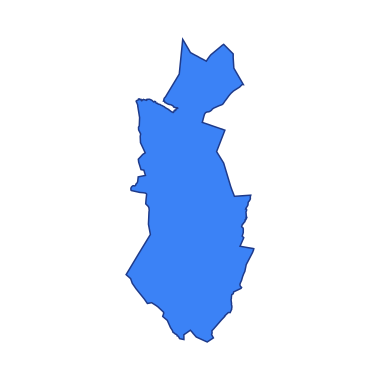 the district of Høylandet nor, Nord-Trøndelag, Norway, rotated 336°
{"feature_id": "86288312B25157872919585", "entity_name": "Høylandet nor", "entity_type": "district", "adm_level": 2, "iso_a3": "NOR", "parent_name": "Norway", "parent_adm1": "Nord-Trøndelag", "projection": "albers", "projection_center": [12.389, 64.756], "detail": "fine", "context": "isolated", "style": "filled", "palette": "blue", "viewbox_px": 384, "rotation_deg": 336, "n_neighbors": 0, "source": "geoboundaries", "source_scale": "gbopen_adm2", "svg_char_len": 5348}
<svg xmlns="http://www.w3.org/2000/svg" viewBox="0 0 384 384"><g transform="rotate(336 192 192)"><path d="M245.6,48.8L228.3,79.1L206.5,94.3L204.7,95.1L202.9,97.4L203.7,97.7L203.9,98.0L203.7,98.7L203.7,99.3L204.1,99.6L204.6,100.2L205.2,101.1L206.1,102.2L207.0,102.9L208.2,103.7L208.6,104.1L209.0,104.7L209.7,105.5L209.7,106.4L209.9,107.1L210.4,107.2L210.5,107.6L211.5,108.3L213.0,109.2L213.1,109.6L212.8,109.7L212.1,109.7L211.5,109.6L210.8,110.1L210.6,110.5L210.2,110.7L209.5,110.8L209.3,110.7L209.4,110.3L209.3,110.2L208.9,110.4L208.4,110.8L207.8,111.5L207.3,111.7L207.0,111.7L206.8,111.4L206.5,110.8L205.9,110.4L205.4,109.4L205.0,108.7L204.4,107.9L204.4,107.3L203.4,106.1L202.7,105.1L201.9,104.1L201.4,102.9L200.7,102.1L199.7,100.7L199.1,100.2L198.8,99.9L198.4,99.0L197.6,98.5L197.3,98.2L196.9,98.1L196.6,97.2L196.3,96.7L195.7,96.6L195.4,96.0L195.4,94.7L195.2,94.6L195.0,94.2L194.8,94.0L194.3,94.2L193.8,94.3L193.4,93.7L192.9,92.5L192.4,91.5L191.7,90.9L191.2,90.2L190.6,89.8L189.7,89.5L189.0,89.2L188.2,89.0L187.9,89.2L187.9,89.7L187.5,89.7L187.1,89.3L186.8,88.9L186.2,88.4L185.5,88.1L185.4,87.7L184.0,87.7L183.5,88.2L183.0,88.1L182.9,87.7L183.0,87.1L183.1,86.7L182.2,86.4L181.8,86.2L182.1,86.0L182.1,85.8L181.7,85.5L181.2,85.3L180.9,85.3L180.8,85.5L180.7,85.8L180.3,86.0L179.6,86.0L178.3,86.0L178.1,86.5L178.0,87.0L177.8,87.0L177.9,87.7L177.8,89.8L177.8,90.3L177.3,91.7L177.2,92.1L174.4,102.7L170.7,110.2L169.5,111.0L168.5,113.5L168.7,118.1L167.3,120.1L165.0,126.0L165.2,137.2L162.4,137.6L156.3,140.2L155.4,143.1L154.5,150.8L156.9,152.5L156.2,157.9L149.0,156.3L146.8,160.1L146.1,160.9L145.6,161.3L144.8,161.7L144.3,161.8L143.7,162.3L143.4,162.6L143.3,162.9L143.2,163.0L142.8,163.1L142.1,163.1L141.6,162.8L141.0,162.4L140.6,162.3L140.2,162.3L139.0,162.7L138.5,163.0L137.8,163.6L137.5,164.1L137.2,164.9L137.1,165.2L137.0,165.5L137.2,166.0L144.2,171.2L147.1,172.8L148.8,173.9L149.1,174.2L149.4,174.6L149.6,175.1L149.7,175.5L147.0,180.1L144.9,184.0L146.2,187.5L146.2,189.0L145.5,191.1L145.4,191.5L144.7,192.5L144.3,193.3L139.1,203.7L136.7,213.9L118.9,226.2L98.2,240.7L100.7,246.2L100.3,251.1L101.5,257.6L104.9,270.4L105.9,275.7L110.1,276.7L113.3,281.5L113.7,282.3L114.1,282.9L117.1,290.1L117.0,290.4L117.0,290.5L117.0,290.8L117.0,291.0L116.8,291.2L116.8,291.3L116.6,291.6L116.4,291.7L116.3,291.9L116.2,291.9L116.1,292.0L115.9,292.3L115.8,292.5L115.7,292.6L115.4,292.9L115.1,293.2L114.7,293.5L114.6,293.8L117.2,299.2L117.2,307.2L117.7,310.2L117.7,311.3L117.6,312.2L117.6,312.3L117.6,312.5L118.1,313.1L118.3,313.6L118.5,313.8L118.6,314.0L118.8,314.6L118.9,314.8L119.3,315.3L119.7,315.6L119.8,315.7L120.0,316.0L120.1,316.6L119.9,317.3L120.5,317.8L120.6,318.1L120.8,318.7L121.0,319.4L121.0,319.6L121.0,319.9L121.0,320.1L121.0,320.3L121.0,320.7L121.1,321.0L124.6,323.5L126.5,319.1L134.3,317.6L135.3,320.7L135.5,321.8L135.7,322.3L136.9,326.2L143.0,333.1L144.9,335.2L152.2,334.0L151.9,330.2L153.0,329.0L153.8,326.8L155.8,326.0L166.5,321.0L171.5,318.9L171.5,318.5L176.2,316.9L176.9,317.2L177.8,317.7L178.8,316.8L179.7,316.0L180.6,315.2L180.8,314.6L181.4,313.8L181.7,313.1L182.1,312.3L182.1,311.6L182.3,310.9L182.5,310.3L182.8,309.9L183.8,306.5L183.9,306.2L184.7,305.2L185.3,303.9L186.6,301.9L188.3,301.7L189.4,300.2L197.6,300.0L198.5,299.3L198.1,298.6L197.8,297.4L198.2,295.8L199.7,294.3L201.3,292.9L203.9,289.8L205.9,287.8L208.0,286.0L212.0,280.4L222.7,271.9L224.8,269.8L225.4,268.9L213.8,261.1L220.7,254.8L219.9,252.7L222.3,250.0L223.8,246.7L224.0,245.6L223.2,243.9L224.8,242.1L225.2,241.9L225.4,241.8L225.6,241.8L225.9,241.9L226.0,241.8L226.4,241.5L226.6,241.3L226.7,241.1L226.9,241.1L227.1,241.1L227.4,240.9L227.5,240.8L227.7,240.7L228.1,240.7L228.3,240.6L228.4,240.4L228.6,240.1L228.8,239.9L228.7,239.9L228.9,239.7L229.0,239.5L229.3,239.4L229.2,239.3L229.3,239.2L229.5,239.1L229.5,238.9L229.8,238.9L230.0,238.7L230.3,238.7L230.5,238.5L230.4,238.7L230.6,238.6L230.6,238.4L230.8,238.4L231.0,238.2L231.1,237.9L231.1,237.7L231.2,237.8L231.4,237.8L231.5,237.8L231.7,237.6L231.6,237.4L231.9,236.1L232.0,235.7L232.0,235.4L232.1,235.1L232.2,234.8L232.4,234.5L232.5,234.2L232.7,233.6L232.8,233.2L232.9,232.9L233.0,232.6L233.4,232.0L233.6,231.7L233.9,231.5L234.1,231.4L234.3,231.1L234.5,230.8L234.8,230.2L234.7,229.8L234.7,229.7L234.5,229.2L234.4,229.2L234.5,229.1L234.5,228.9L237.3,227.1L237.7,226.7L238.1,226.2L238.9,224.6L239.4,224.1L239.8,223.8L240.2,223.7L240.6,223.5L241.5,222.9L242.2,222.3L242.4,222.1L242.5,222.0L242.9,221.2L243.1,220.5L243.4,220.0L243.6,219.7L243.9,219.4L244.2,219.1L244.4,218.8L229.0,213.2L229.2,209.2L229.3,206.5L229.6,202.6L232.7,178.4L230.9,165.1L247.2,148.9L229.7,132.6L230.6,131.5L233.4,128.0L235.0,126.1L236.2,125.3L237.0,125.0L237.7,125.0L238.7,125.1L239.4,125.4L240.2,125.6L240.8,125.6L241.7,125.5L242.7,125.3L243.7,124.9L244.3,124.5L245.5,124.3L246.2,124.2L247.6,124.2L252.0,124.2L254.6,124.4L255.7,124.3L256.5,123.9L257.7,123.2L259.1,122.3L260.3,121.7L263.1,120.1L264.6,119.2L265.4,118.8L266.6,118.2L268.2,117.5L269.5,117.1L270.9,116.6L274.2,116.1L277.7,115.6L278.5,115.4L281.0,114.4L281.4,114.3L281.8,114.4L282.6,114.8L280.6,95.9L284.3,85.9L285.8,82.6L281.0,70.0L279.2,70.3L276.5,71.1L265.1,74.3L263.3,75.2L260.4,76.9L258.3,78.3L257.4,77.1L255.7,74.9L253.9,72.7L252.1,70.2L250.3,68.0L247.3,64.0L247.1,62.2L246.9,60.0L246.6,57.5L246.2,53.8L245.9,51.0L245.6,48.8Z" fill="#3b82f6" stroke="#1e3a8a" stroke-width="1.5"/></g></svg>